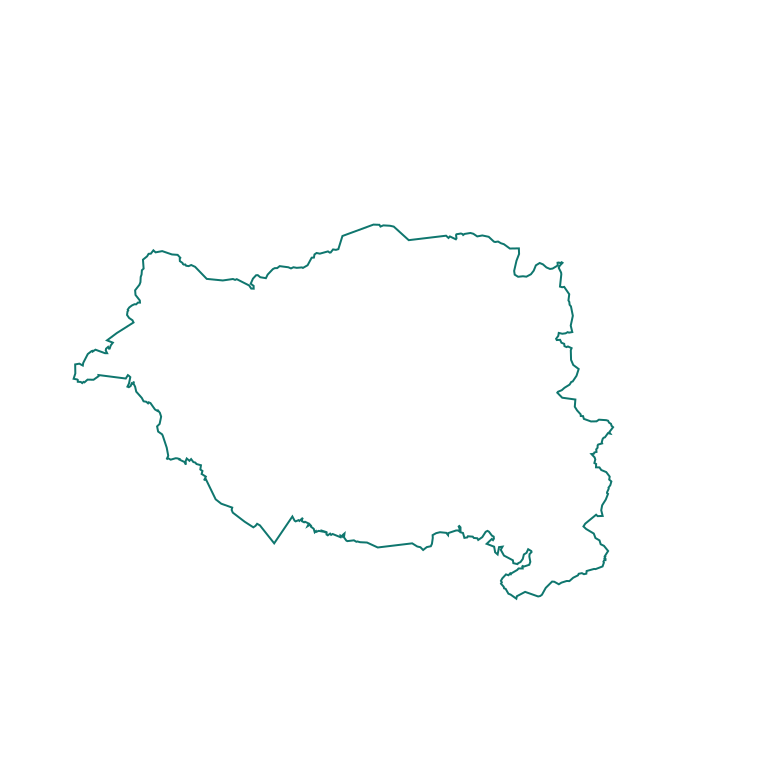 the district of Charo, Michoacán, Mexico, rotated 299°
{"feature_id": "50627088B3095160653206", "entity_name": "Charo", "entity_type": "district", "adm_level": 2, "iso_a3": "MEX", "parent_name": "Mexico", "parent_adm1": "Michoacán", "projection": "albers", "projection_center": [-101.029, 19.669], "detail": "fine", "context": "isolated", "style": "outline", "palette": "teal", "viewbox_px": 768, "rotation_deg": 299, "n_neighbors": 0, "source": "geoboundaries", "source_scale": "gbopen_adm2", "svg_char_len": 6166}
<svg xmlns="http://www.w3.org/2000/svg" viewBox="0 0 768 768"><g transform="rotate(299 384 384)"><path d="M554.3,381.7L552.7,381.0L553.2,380.0L552.9,378.3L550.1,374.8L549.2,374.8L546.5,376.8L545.4,376.7L545.0,370.1L543.0,369.6L543.8,366.4L521.8,335.9L526.4,316.2L525.3,312.5L522.4,306.5L520.0,304.6L521.0,302.8L518.3,297.5L493.3,275.9L479.8,278.7L478.0,276.9L477.0,274.2L473.2,273.6L472.6,272.8L472.8,270.7L466.9,264.7L465.9,261.5L463.6,260.4L460.6,261.4L459.4,259.5L450.8,259.6L446.2,256.8L446.2,255.7L443.3,251.4L442.2,248.2L440.0,246.6L439.7,243.7L436.5,235.6L433.6,234.4L432.4,232.3L430.6,231.1L423.3,229.2L419.3,229.4L417.4,224.0L418.0,220.8L417.1,219.4L412.6,218.3L407.1,218.8L406.6,222.4L404.2,223.8L403.1,221.6L404.8,218.3L404.3,204.4L402.9,203.3L402.6,201.0L396.4,192.8L390.0,178.0L394.9,162.0L394.6,157.7L392.4,156.0L391.5,153.6L392.2,152.3L391.4,151.2L391.4,150.1L392.2,149.0L392.5,145.9L394.5,144.6L395.6,144.7L396.9,140.9L394.5,135.7L392.7,125.6L388.4,120.4L389.1,117.5L385.0,116.9L383.7,115.0L380.8,114.9L375.9,112.9L368.4,117.8L366.1,117.1L362.2,118.9L359.7,119.3L355.0,121.6L352.3,122.0L345.3,120.9L341.4,123.5L338.7,129.9L336.9,131.1L335.9,129.3L333.5,128.6L332.8,127.1L330.6,125.5L327.5,124.1L324.8,123.8L324.2,124.7L323.1,124.5L319.8,125.8L318.2,129.0L317.8,133.1L316.4,135.1L299.0,125.6L287.9,120.6L288.7,126.8L285.3,126.3L282.0,126.9L281.6,126.4L282.7,124.7L280.2,123.8L278.5,124.3L276.7,126.9L275.7,125.1L274.1,115.0L271.2,113.5L271.7,113.0L271.0,112.3L266.6,110.4L256.7,110.7L254.1,111.6L254.1,107.7L251.4,104.4L243.6,108.9L238.1,110.0L239.2,113.4L239.1,114.2L237.5,115.1L238.8,117.8L238.5,119.6L240.1,120.1L240.2,121.2L244.1,122.6L246.9,127.9L252.5,130.6L253.4,129.9L263.6,155.5L267.6,155.7L267.5,156.8L267.0,158.8L260.8,160.7L257.3,160.9L257.5,162.4L259.4,163.4L262.3,163.0L262.3,164.0L264.9,164.1L262.8,164.9L261.0,167.6L257.2,171.0L254.4,178.9L252.3,182.1L253.2,184.7L252.7,187.0L253.9,187.1L254.1,189.0L250.7,196.0L250.6,199.0L251.3,199.1L250.2,201.9L247.4,204.9L245.2,205.6L240.3,207.1L236.9,206.1L232.9,209.5L232.4,214.3L231.5,215.6L223.0,224.8L216.6,230.1L212.7,230.4L214.4,231.1L214.4,234.1L218.0,237.7L218.7,239.1L219.3,241.5L218.7,241.6L219.1,248.2L218.4,248.2L217.4,249.8L220.4,247.9L223.2,247.6L222.5,251.1L224.8,251.7L223.3,255.1L223.8,257.1L223.1,258.8L224.2,263.3L220.2,264.8L219.9,267.4L216.9,268.1L216.6,273.1L213.3,273.3L213.3,273.7L214.7,273.9L201.5,292.7L200.4,299.7L202.3,311.2L200.0,311.8L198.2,314.1L196.0,328.9L195.3,339.2L197.6,340.4L200.2,340.8L200.2,344.0L191.4,365.2L223.7,368.1L221.1,372.1L221.0,373.3L223.5,375.3L223.2,376.4L227.6,377.9L223.9,378.0L225.1,378.4L224.2,378.9L224.3,381.2L225.2,381.7L225.5,385.9L222.6,386.1L225.1,387.5L224.6,389.0L223.8,389.2L223.3,392.7L220.7,395.3L222.4,395.8L221.9,396.5L223.9,398.1L225.0,401.4L225.6,400.8L226.7,406.2L225.9,405.2L226.0,406.0L224.5,406.7L224.4,408.2L227.0,409.4L226.4,410.9L227.9,411.8L228.9,420.1L230.3,419.4L230.1,421.3L231.9,421.1L234.1,421.9L230.5,423.3L228.8,426.9L228.8,428.1L232.7,433.5L232.6,436.3L233.4,437.1L234.0,439.7L237.1,446.0L238.0,457.8L258.3,485.9L258.0,491.9L258.9,495.0L257.8,498.7L262.1,500.5L264.8,503.6L267.5,503.4L273.0,501.3L275.4,499.8L278.8,501.9L281.5,504.8L284.0,510.6L282.9,513.3L284.8,512.5L290.9,518.1L291.8,519.8L291.7,521.1L293.9,520.5L295.6,518.4L296.3,518.7L295.7,520.4L291.4,522.8L292.0,525.3L288.4,528.9L290.2,531.2L291.5,531.2L293.5,535.6L292.9,537.2L294.3,540.4L293.3,542.0L297.7,544.2L304.0,544.6L305.7,545.7L305.7,547.4L303.7,551.9L303.7,553.9L302.0,555.1L300.3,555.0L300.7,553.4L294.0,551.3L295.1,559.2L290.7,562.8L290.0,566.0L297.1,563.7L299.2,566.5L295.6,566.5L292.1,572.1L292.3,582.2L290.0,584.0L291.2,588.1L292.3,588.2L294.4,589.7L298.2,590.2L302.7,589.0L305.4,590.5L309.4,590.2L309.3,593.8L308.6,594.5L305.7,593.8L303.5,594.8L299.4,598.2L296.3,598.7L292.1,594.8L292.1,593.6L291.5,593.4L289.9,594.7L287.9,591.1L286.0,590.7L280.3,587.3L279.2,587.2L279.6,586.2L277.1,585.6L276.6,583.0L271.4,581.7L268.5,581.7L267.7,583.2L266.1,583.1L264.7,587.0L263.5,588.1L263.8,589.7L260.9,594.5L261.2,596.8L260.4,603.8L262.8,603.1L270.6,608.2L272.9,621.8L274.3,623.4L276.2,624.3L284.1,624.3L292.7,626.8L293.6,628.8L293.6,634.0L296.3,635.5L300.3,639.3L301.5,641.7L306.3,643.4L310.7,646.4L312.4,646.3L314.5,648.8L314.6,651.1L316.2,652.9L318.7,651.9L324.1,657.4L324.7,658.8L330.4,663.6L334.4,662.9L334.9,662.1L336.7,662.0L337.3,663.1L338.4,662.6L338.5,661.3L340.2,661.3L340.3,660.6L346.6,661.0L349.1,654.8L348.9,651.2L351.7,648.3L351.8,643.6L354.9,640.0L355.2,631.1L356.1,627.5L359.4,627.7L372.5,632.9L372.0,634.9L374.6,639.2L378.9,635.2L383.7,633.6L390.5,634.0L396.5,633.2L396.7,632.0L397.4,631.6L401.4,631.3L402.2,630.6L405.2,631.0L409.0,630.1L409.6,627.3L412.4,626.3L414.7,621.1L414.1,615.7L415.5,612.9L413.9,609.8L416.9,608.3L416.9,606.3L420.4,605.4L421.9,603.8L423.3,599.4L424.7,601.3L426.1,601.2L427.6,602.8L429.7,601.3L431.8,601.7L433.9,600.6L434.9,600.7L437.8,603.6L438.6,602.7L441.8,601.9L443.4,602.1L444.5,603.1L449.6,603.7L450.3,606.0L451.1,604.4L457.3,605.3L457.7,603.4L459.2,601.8L459.3,599.6L460.5,597.8L460.1,595.9L457.0,589.3L454.4,588.0L451.6,583.2L450.4,575.7L452.4,573.7L451.4,571.6L452.8,570.7L454.5,565.7L456.6,561.9L463.2,558.9L458.4,546.5L460.4,539.8L461.5,539.9L464.8,542.5L468.2,543.7L473.4,546.6L476.6,546.8L477.7,547.8L484.5,548.4L491.5,547.0L492.4,540.3L495.8,535.9L504.1,531.0L506.3,530.7L506.0,526.7L504.8,525.8L504.6,523.5L506.5,522.1L506.1,519.2L508.0,516.6L506.2,513.8L507.0,512.6L510.5,513.1L513.4,512.1L514.4,515.6L516.4,518.3L518.4,519.5L518.6,520.9L520.7,523.5L525.6,519.0L535.2,516.1L542.5,509.9L543.3,507.9L545.6,506.3L546.5,504.8L552.3,502.5L556.3,494.5L555.0,492.9L554.5,490.7L565.9,485.9L567.3,484.9L570.3,480.5L572.8,480.4L576.5,481.4L576.6,480.3L575.2,479.6L575.0,478.0L574.2,477.0L571.9,478.5L566.7,475.5L565.1,473.4L564.7,469.6L565.7,465.0L565.3,461.5L561.4,459.3L555.7,460.0L551.2,459.3L546.9,456.5L545.6,453.3L542.8,449.3L543.0,445.3L546.0,443.0L556.1,440.1L563.2,439.1L568.0,436.2L563.5,428.4L564.4,421.1L563.8,418.0L563.9,414.7L562.1,412.4L561.8,411.1L563.5,404.2L561.6,398.0L558.3,394.0L558.7,389.3L558.0,386.4L554.3,381.7Z" fill="none" stroke="#0f766e" stroke-width="2"/></g></svg>